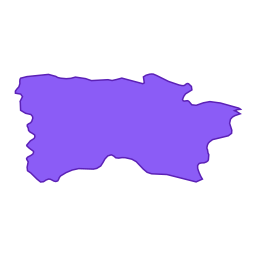 outline of Võru
{"feature_id": "EST-2351", "entity_name": "Võru", "entity_type": "County", "adm_level": 1, "iso_a3": "EST", "parent_name": "Estonia", "parent_adm1": "", "projection": "robinson", "projection_center": [26.896, 57.737], "detail": "fine", "context": "isolated", "style": "filled", "palette": "violet", "viewbox_px": 256, "rotation_deg": 0, "n_neighbors": 0, "source": "natural_earth", "source_scale": "10m", "svg_char_len": 1945}
<svg xmlns="http://www.w3.org/2000/svg" viewBox="0 0 256 256"><path d="M40.6,182.0L37.1,179.2L30.7,172.9L27.6,170.8L27.5,170.7L27.1,167.2L28.2,161.8L27.5,160.7L26.7,159.3L26.6,158.4L27.7,157.1L31.1,155.3L32.8,154.1L33.5,152.7L33.5,151.3L29.4,148.3L27.0,146.1L26.7,145.2L30.3,140.9L34.1,138.5L34.9,136.8L34.6,134.9L32.4,133.4L30.1,132.1L28.6,130.5L28.2,128.0L27.2,126.1L27.3,124.8L28.6,123.8L30.4,122.9L31.7,121.4L32.8,118.2L32.5,116.4L30.9,114.5L25.6,113.3L20.6,110.3L20.3,102.6L20.1,101.4L22.5,96.7L20.7,94.1L15.4,93.2L15.4,91.1L16.7,89.3L18.9,86.8L19.9,83.6L19.8,81.4L20.0,79.4L20.6,78.2L26.9,76.6L48.5,74.4L55.8,76.4L57.7,77.5L60.7,78.2L66.3,78.7L71.0,78.3L75.4,77.1L85.5,78.6L91.4,80.6L108.0,79.7L112.1,80.5L116.6,79.5L121.8,78.1L142.8,83.7L144.3,82.8L143.4,76.9L146.1,75.2L149.6,74.2L151.6,74.0L153.3,74.1L156.4,75.4L168.5,81.4L179.1,85.0L182.0,85.6L183.9,85.6L185.0,85.0L185.9,84.2L187.2,83.5L188.5,83.7L191.4,86.4L191.9,89.9L185.5,93.9L183.8,96.3L182.5,99.5L183.2,100.8L184.5,101.1L186.2,100.8L187.7,100.7L188.9,101.4L191.8,104.8L196.2,105.3L203.4,102.8L209.9,101.6L220.4,103.0L238.7,108.1L240.5,109.2L240.6,109.3L237.1,109.7L234.6,110.7L236.2,111.3L240.2,113.8L235.0,115.6L232.4,117.1L230.5,119.2L229.6,123.3L231.8,130.2L231.6,133.3L228.3,135.8L212.6,139.6L209.6,141.8L208.3,143.2L207.4,145.2L206.9,147.5L207.0,148.8L207.5,149.7L208.0,153.0L208.4,153.8L208.8,154.7L208.4,159.7L207.9,160.8L206.5,161.9L204.2,162.8L201.6,162.9L199.2,163.4L197.6,165.5L197.7,168.6L199.1,172.7L200.9,176.6L202.4,179.1L196.1,181.9L166.9,174.5L151.6,173.8L147.1,172.3L143.3,169.1L136.3,161.7L131.9,159.2L125.3,157.7L122.0,157.6L118.7,158.1L115.8,157.8L113.7,156.0L111.3,154.8L107.8,155.9L104.9,159.0L102.9,162.6L100.7,166.0L96.8,168.4L93.4,169.1L78.7,168.6L72.3,170.0L66.1,172.6L60.5,176.0L59.3,177.6L58.6,179.4L57.7,180.9L55.8,181.5L54.0,181.1L50.5,179.3L48.7,179.0L46.1,180.0L43.5,181.7L40.6,182.0Z" fill="#8b5cf6" stroke="#5b21b6" stroke-width="1.5"/></svg>